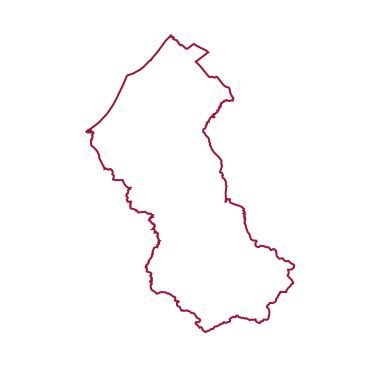 Tha Chana, Surat Thani, Thailand (Mercator projection), rotated 242°
{"feature_id": "78962969B77729617047894", "entity_name": "Tha Chana", "entity_type": "district", "adm_level": 2, "iso_a3": "THA", "parent_name": "Thailand", "parent_adm1": "Surat Thani", "projection": "mercator", "projection_center": [98.995, 9.596], "detail": "fine", "context": "isolated", "style": "outline", "palette": "rose", "viewbox_px": 384, "rotation_deg": 242, "n_neighbors": 0, "source": "geoboundaries", "source_scale": "gbopen_adm2", "svg_char_len": 6054}
<svg xmlns="http://www.w3.org/2000/svg" viewBox="0 0 384 384"><g transform="rotate(242 192 192)"><path d="M340.0,246.6L338.0,240.0L332.1,227.8L328.7,219.3L327.6,217.8L327.9,217.2L327.8,216.2L325.3,208.4L324.4,203.4L324.3,195.3L325.2,190.0L325.0,188.9L319.4,182.0L309.8,169.0L306.2,163.6L301.2,154.3L297.0,142.4L295.6,133.5L295.2,128.2L294.8,127.1L293.3,128.1L293.3,130.0L292.3,130.0L292.5,130.8L293.4,130.8L293.5,131.8L291.5,131.9L291.3,132.7L290.7,132.9L290.3,132.6L290.5,132.0L290.0,131.3L289.2,131.2L288.7,130.2L287.4,130.2L286.8,129.4L286.3,129.3L285.8,127.8L285.3,127.9L284.7,126.8L280.5,124.9L276.3,126.6L272.8,127.4L268.0,127.3L266.0,126.1L254.2,125.8L253.6,126.1L253.3,125.7L253.0,126.5L253.2,127.2L250.9,128.6L250.9,130.2L250.5,130.8L249.7,130.8L249.6,130.4L249.4,131.3L248.7,131.2L248.3,131.7L246.7,131.4L245.1,129.9L243.4,130.7L242.8,130.6L240.1,128.2L238.1,130.5L235.1,136.3L230.9,136.0L227.9,136.6L225.6,137.7L224.6,139.7L223.7,138.6L224.0,138.0L223.7,136.4L223.0,136.4L221.5,135.3L220.7,134.4L220.9,133.3L219.3,132.1L218.3,132.6L216.7,132.5L216.5,131.6L215.6,130.6L214.3,130.9L213.8,130.6L213.2,131.7L212.2,132.1L212.5,133.3L212.3,133.5L212.0,132.7L210.6,132.6L210.2,131.8L209.4,131.7L208.7,130.6L207.3,130.7L206.4,130.1L203.7,133.1L202.6,133.9L202.1,133.7L201.8,134.4L200.6,134.9L200.1,134.6L199.0,135.2L196.6,141.3L193.5,142.9L192.7,144.8L191.7,145.6L191.4,145.5L190.3,146.0L189.8,146.7L189.3,145.9L188.2,145.7L188.6,145.0L189.2,145.0L189.5,144.3L189.2,143.8L188.2,143.7L188.0,142.9L188.5,142.0L187.6,141.4L187.3,140.7L185.4,141.8L184.8,141.5L183.2,142.2L182.5,142.1L182.2,143.0L181.5,143.3L180.5,143.1L180.4,143.5L179.7,143.3L179.7,144.1L179.2,142.8L178.2,142.0L178.6,141.3L177.7,141.0L177.6,140.1L177.2,141.0L175.7,141.1L173.8,140.0L173.9,141.4L173.5,141.7L172.6,141.4L172.2,142.2L171.3,142.5L169.8,141.4L169.5,140.4L168.1,140.7L167.6,140.3L166.6,140.5L165.3,140.0L164.1,140.7L163.9,139.6L163.5,139.8L163.1,139.4L163.0,138.5L161.9,138.8L161.5,137.9L161.7,136.7L160.4,136.5L160.1,135.3L159.7,135.2L160.4,134.4L160.3,131.8L158.6,130.5L158.4,129.6L157.5,129.0L156.6,129.0L155.9,128.3L155.8,127.7L155.5,127.8L155.3,127.2L154.7,127.0L153.1,125.2L151.8,121.8L151.0,121.4L150.7,120.8L149.9,120.6L149.9,119.8L148.9,118.8L149.0,117.4L148.4,116.7L147.7,116.8L147.9,116.2L147.2,115.6L145.4,116.2L143.1,114.7L140.3,117.5L138.9,117.8L138.2,117.3L137.7,115.8L135.7,116.3L135.2,115.5L134.2,115.8L133.2,115.4L133.4,114.5L132.9,113.4L132.0,114.1L131.6,113.0L130.3,113.7L129.8,113.4L129.6,112.2L127.8,111.0L125.9,110.5L124.3,110.6L120.2,112.8L118.6,113.2L118.2,117.6L115.7,121.7L114.0,122.5L113.4,123.9L111.9,124.4L110.8,125.5L108.0,126.5L107.6,127.5L105.5,127.3L104.3,125.9L102.9,127.0L102.6,128.1L101.5,128.7L101.0,126.5L99.3,125.7L98.3,125.7L96.1,127.3L92.6,126.9L91.9,127.4L91.8,128.4L90.7,129.0L90.3,131.1L89.9,131.9L89.0,132.4L87.6,133.9L85.5,134.7L84.1,136.6L82.6,137.1L78.5,137.3L76.4,139.1L75.0,139.0L74.0,138.0L74.0,136.4L75.2,134.4L74.1,133.4L71.4,134.4L68.6,134.9L68.6,136.3L68.0,136.8L65.5,136.6L62.4,137.7L61.9,138.6L62.1,140.3L61.6,141.8L62.0,144.7L61.2,146.1L62.5,148.8L61.9,150.4L61.6,153.1L62.0,155.6L61.4,157.3L62.1,159.1L60.7,160.1L59.8,164.6L60.4,165.3L61.8,165.4L62.4,166.7L62.4,169.8L61.1,171.2L61.1,171.9L61.8,172.6L61.9,173.5L61.1,174.3L59.6,174.5L59.0,175.0L58.6,175.9L57.4,176.7L57.1,177.8L55.3,179.4L54.7,181.1L51.6,182.9L51.4,184.7L50.0,186.7L49.7,188.3L48.0,187.8L47.4,188.0L45.6,189.0L44.4,190.4L45.5,192.2L44.7,193.9L45.8,195.2L44.0,198.3L44.1,199.2L45.1,200.7L46.6,201.5L47.3,202.5L48.8,203.5L51.3,204.6L52.7,204.8L55.3,204.1L56.6,205.5L56.6,207.0L57.5,208.7L56.0,211.2L55.9,213.8L56.7,215.2L57.9,216.0L58.7,218.0L59.8,218.8L60.2,220.3L61.1,221.0L61.4,222.2L62.4,223.1L59.5,228.1L60.3,228.6L61.9,231.5L63.0,235.5L63.7,236.3L63.8,238.4L64.9,238.8L67.8,238.7L73.3,237.1L75.0,239.4L78.2,240.3L76.8,243.7L77.4,246.4L79.0,247.7L80.1,247.7L82.2,246.1L85.8,244.8L86.6,242.8L87.7,241.6L91.0,240.8L91.9,237.9L92.5,237.5L95.7,236.7L100.8,238.6L103.0,237.7L103.5,236.7L103.6,234.4L106.9,233.8L109.1,231.0L110.6,230.0L112.2,227.6L112.0,225.3L112.6,224.2L113.7,223.3L115.2,223.0L115.9,223.3L117.4,224.5L117.9,225.7L118.6,225.9L119.2,225.7L120.0,223.8L122.3,221.9L125.5,222.3L127.0,222.9L130.5,222.4L135.3,223.1L138.0,223.9L139.9,223.7L140.5,224.6L141.9,225.0L142.7,226.1L143.1,225.8L143.4,226.3L143.9,226.0L144.7,226.7L145.3,226.4L145.3,227.0L146.5,226.9L147.0,227.8L148.2,227.4L147.9,228.4L148.9,228.3L149.6,229.1L150.1,229.1L150.4,228.6L151.1,229.0L151.8,228.6L152.7,230.0L155.5,228.8L157.5,227.4L162.4,222.6L164.6,220.9L166.9,221.0L167.3,221.9L168.1,221.9L168.2,221.1L169.1,220.2L168.6,218.7L167.5,217.4L167.7,217.0L170.2,218.8L175.3,221.2L181.3,225.4L182.3,225.2L185.1,226.7L188.2,226.8L190.2,225.8L192.1,226.3L192.3,227.2L194.6,227.4L196.3,226.0L200.5,230.4L201.2,230.5L201.7,231.0L203.6,231.2L205.8,232.8L210.4,232.0L216.3,230.1L220.5,229.6L223.4,230.0L224.7,229.7L226.4,230.8L228.3,230.7L229.7,231.6L232.3,231.9L235.3,230.8L238.5,230.8L239.6,230.1L241.0,230.8L241.9,231.5L242.2,233.6L243.3,235.0L244.1,235.3L244.6,236.9L245.9,237.3L245.8,237.9L246.3,238.1L246.6,239.0L246.1,239.9L247.1,240.3L249.1,243.4L249.3,244.4L247.7,246.3L247.7,246.8L249.8,246.3L249.5,247.2L250.6,247.9L250.0,248.9L250.4,249.5L250.8,252.2L251.3,252.7L252.1,252.6L252.0,254.2L254.1,255.8L254.1,256.6L253.6,256.9L254.4,257.8L255.0,257.7L255.4,258.4L256.0,258.4L256.1,259.1L256.8,259.7L256.5,260.3L256.8,261.4L256.6,262.2L257.1,262.5L257.4,263.5L256.7,264.7L257.0,265.8L255.0,267.2L254.4,269.6L253.6,270.7L254.1,271.0L254.1,271.4L254.6,271.4L255.2,272.6L257.6,272.2L262.1,272.4L264.6,273.4L267.0,273.5L269.0,271.2L272.2,269.9L281.2,268.3L282.2,267.9L282.3,265.7L284.1,264.2L285.3,261.4L285.9,261.0L298.5,258.5L305.3,256.5L307.7,271.9L308.7,271.6L310.5,270.8L318.6,264.9L321.9,263.2L320.7,255.6L321.5,253.9L324.1,253.1L326.8,251.8L327.3,250.5L329.4,250.0L330.3,250.3L331.5,249.8L332.8,250.0L335.6,247.4L336.3,247.4L337.0,248.3L337.4,248.1L337.3,247.4L338.1,247.7L339.2,247.0L339.1,246.3L340.0,246.6Z" fill="none" stroke="#9f1239" stroke-width="2"/></g></svg>